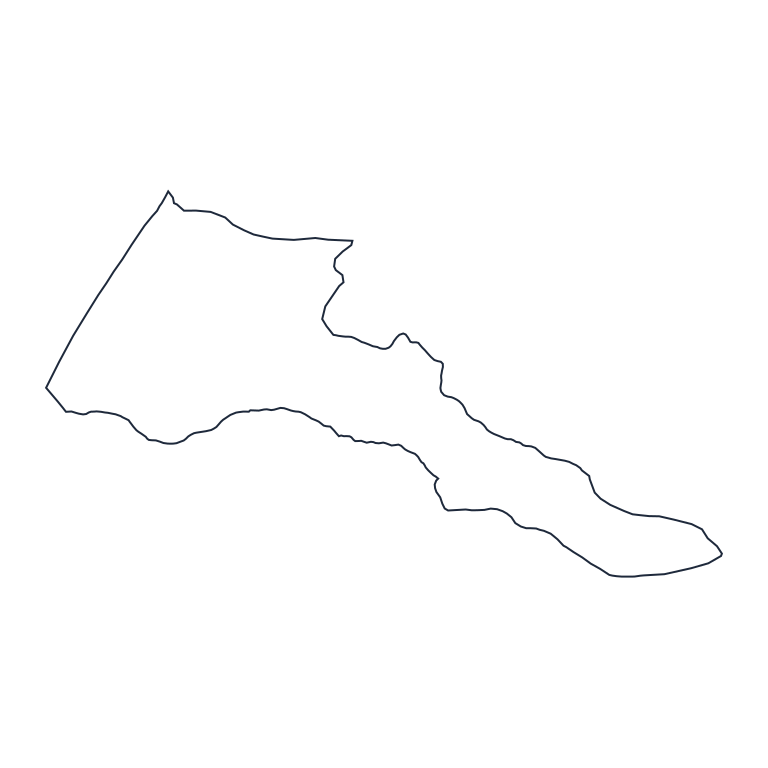 outline of Yoeseltse, Samchi, Bhutan, rotated 90°
{"feature_id": "84629894B70559788539296", "entity_name": "Yoeseltse", "entity_type": "district", "adm_level": 2, "iso_a3": "BTN", "parent_name": "Bhutan", "parent_adm1": "Samchi", "projection": "equal_earth", "projection_center": [88.985, 26.964], "detail": "fine", "context": "isolated", "style": "outline", "palette": "slate", "viewbox_px": 768, "rotation_deg": 90, "n_neighbors": 0, "source": "geoboundaries", "source_scale": "gbopen_adm2", "svg_char_len": 4248}
<svg xmlns="http://www.w3.org/2000/svg" viewBox="0 0 768 768"><g transform="rotate(90 384 384)"><path d="M240.8,415.6L239.7,439.9L238.0,452.7L239.9,474.2L239.7,477.6L238.6,495.6L236.6,505.0L234.5,514.4L230.3,523.9L224.6,535.1L217.5,542.8L211.9,557.4L210.6,572.0L210.7,584.0L204.4,591.1L203.2,594.0L197.6,595.1L191.4,599.8L197.1,602.8L203.1,606.2L206.2,608.5L210.8,610.9L216.0,615.6L225.7,623.5L244.8,636.4L259.4,645.7L271.6,654.3L283.3,661.7L286.8,664.1L295.0,669.7L313.3,681.1L335.7,694.8L361.9,708.9L387.8,721.9L401.7,710.1L408.1,704.9L410.2,703.3L411.8,702.0L411.5,696.5L412.8,692.3L413.7,689.1L414.4,684.9L414.0,681.8L412.5,679.3L411.7,677.0L411.6,673.8L411.4,671.4L411.8,667.0L412.5,663.0L412.8,660.1L413.7,655.7L414.3,652.4L415.2,649.9L416.1,647.3L417.2,645.6L418.1,643.7L420.2,639.4L421.8,638.3L424.3,636.4L426.6,634.7L430.2,631.6L431.7,629.7L433.7,626.6L436.8,622.2L438.7,620.8L439.9,619.2L440.2,616.7L440.4,612.1L441.7,608.0L443.0,604.6L443.6,600.3L443.7,596.9L443.6,594.6L443.2,591.5L441.6,587.3L440.5,584.3L438.8,582.1L436.4,579.7L434.8,577.2L433.2,574.0L432.7,571.7L432.3,569.2L431.2,562.1L430.0,556.8L428.7,554.3L427.0,551.6L424.6,549.5L421.6,546.9L419.7,544.8L418.2,542.5L416.9,540.6L414.9,537.6L413.6,534.4L412.6,531.9L412.2,529.5L411.6,524.9L411.6,522.4L411.7,519.2L410.3,517.7L410.6,509.2L409.5,504.0L409.3,501.2L410.1,496.8L409.7,493.9L407.9,487.6L408.2,484.0L409.0,481.4L410.5,477.1L411.1,474.7L411.5,472.3L411.7,469.4L412.2,467.2L414.3,462.9L417.1,458.5L418.5,456.6L420.3,452.1L421.6,449.3L423.7,446.6L425.6,444.3L426.2,441.8L426.6,437.7L428.4,436.0L430.7,433.8L432.9,432.0L436.2,429.1L435.5,426.9L436.2,424.1L436.1,421.7L436.3,418.4L437.3,416.6L439.9,414.4L441.1,412.8L441.0,409.1L440.8,406.8L441.9,403.7L442.7,401.3L441.8,397.1L442.1,394.6L443.0,392.5L443.3,389.1L442.6,384.8L443.3,382.1L444.2,379.7L445.5,376.4L445.1,373.0L444.6,369.6L445.8,366.8L448.1,364.4L449.4,362.9L450.9,360.3L452.1,357.6L452.9,355.5L453.8,353.1L455.3,351.4L457.0,349.8L459.9,348.1L462.2,346.5L463.3,344.6L465.5,343.2L467.4,342.3L470.3,339.8L472.9,337.1L475.3,334.5L476.6,332.2L478.6,329.8L480.6,331.8L484.5,333.3L488.2,332.9L492.0,331.6L497.3,327.8L503.6,325.7L508.5,323.3L510.5,319.9L509.5,302.3L510.3,296.1L510.2,290.4L509.9,283.6L508.6,277.3L509.2,270.9L511.2,265.3L513.5,261.2L517.2,256.6L523.1,252.7L526.5,247.2L528.2,241.8L528.2,237.5L528.5,231.8L529.8,228.3L530.8,224.1L533.7,217.3L539.3,210.5L545.7,204.5L547.1,201.8L552.0,194.6L557.4,185.8L563.6,177.3L568.8,168.0L574.9,158.7L575.6,155.7L576.2,151.4L576.6,146.3L576.6,137.9L576.6,135.4L576.5,133.1L575.7,127.6L575.4,124.2L574.2,103.6L568.2,76.8L563.3,59.7L556.0,47.0L553.6,46.1L546.2,51.0L538.3,60.3L529.3,66.0L524.1,76.4L519.6,94.2L516.3,108.7L516.1,119.0L515.2,127.6L514.3,135.4L511.0,143.9L504.9,157.7L498.7,167.4L492.6,173.3L479.4,178.2L476.0,178.8L470.4,186.1L468.1,187.7L465.2,191.8L463.9,194.9L461.9,198.8L460.7,203.2L459.4,210.5L459.0,212.8L458.4,216.9L457.6,219.6L456.9,222.2L455.5,224.2L451.7,228.4L449.4,231.0L447.9,232.7L446.4,236.7L446.1,239.3L446.0,242.1L445.1,245.0L443.5,246.8L442.4,248.6L441.9,252.0L440.2,254.6L439.2,257.1L439.2,260.3L438.5,263.1L436.1,268.7L434.0,274.0L432.6,276.7L431.2,279.0L429.5,281.1L427.2,282.6L425.0,284.4L422.6,287.1L421.3,289.5L419.8,294.0L418.2,296.3L416.2,298.5L414.1,300.9L411.8,301.9L408.2,303.4L404.7,305.5L402.5,307.6L401.1,309.1L399.7,311.2L398.1,314.3L397.2,316.6L396.6,320.3L395.2,323.9L391.8,326.8L389.8,327.3L388.0,327.6L384.6,327.1L382.3,326.7L380.3,326.5L378.2,326.8L375.6,326.9L373.2,326.4L370.7,326.0L367.0,325.1L363.8,325.2L361.8,327.1L361.1,330.4L360.0,333.7L357.1,336.9L355.4,338.5L353.2,340.5L350.2,343.1L347.5,345.8L344.5,348.4L342.9,349.6L342.3,351.9L342.4,355.5L341.8,357.6L337.6,360.0L334.5,362.3L333.5,364.8L334.8,368.6L337.3,371.2L341.1,374.1L343.9,375.6L346.3,377.5L347.7,379.3L348.8,382.4L348.8,385.2L348.3,388.0L347.0,390.7L346.6,393.1L346.2,395.2L344.5,399.1L343.6,401.4L342.7,403.8L342.0,406.3L340.0,409.8L338.0,413.7L336.9,416.8L336.7,419.3L336.7,422.2L336.4,425.2L335.8,429.7L335.2,432.2L334.9,434.6L333.4,435.8L326.3,441.4L319.1,445.8L306.4,442.7L286.0,428.8L282.3,424.5L275.1,425.6L270.1,432.2L266.5,433.9L258.8,432.8L251.5,425.3L245.1,416.7L240.8,415.6Z" fill="none" stroke="#1e293b" stroke-width="2"/></g></svg>